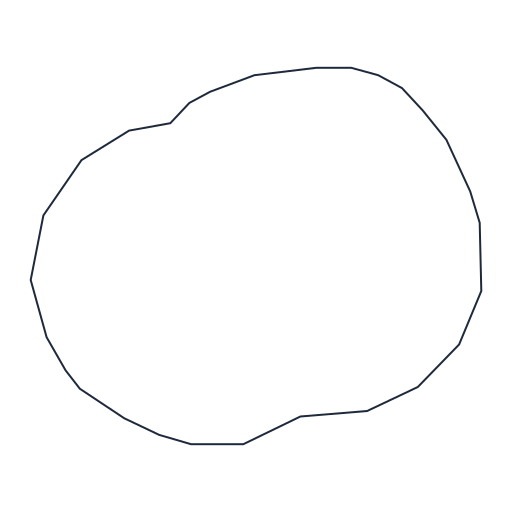 Baraka, Sud-Kivu, Democratic Republic of the Congo
{"feature_id": "63176286B52252759567832", "entity_name": "Baraka", "entity_type": "district", "adm_level": 2, "iso_a3": "COD", "parent_name": "Democratic Republic of the Congo", "parent_adm1": "Sud-Kivu", "projection": "natural_earth1", "projection_center": [29.091, -4.09], "detail": "fine", "context": "isolated", "style": "outline", "palette": "slate", "viewbox_px": 512, "rotation_deg": 0, "n_neighbors": 0, "source": "geoboundaries", "source_scale": "gbopen_adm2", "svg_char_len": 463}
<svg xmlns="http://www.w3.org/2000/svg" viewBox="0 0 512 512"><path d="M170.3,123.2L129.1,130.6L81.5,160.1L43.4,215.4L30.7,280.0L46.6,337.2L65.6,370.4L79.9,388.8L124.3,418.3L159.2,434.9L191.0,444.2L243.3,444.2L300.4,416.5L367.1,411.0L417.8,387.0L459.1,344.5L481.3,291.0L479.7,222.8L470.2,191.4L446.4,139.8L422.6,110.3L402.0,88.1L378.2,75.2L351.2,67.8L316.3,67.8L254.4,75.2L210.0,91.8L189.4,102.9L170.3,123.2Z" fill="none" stroke="#1e293b" stroke-width="2"/></svg>